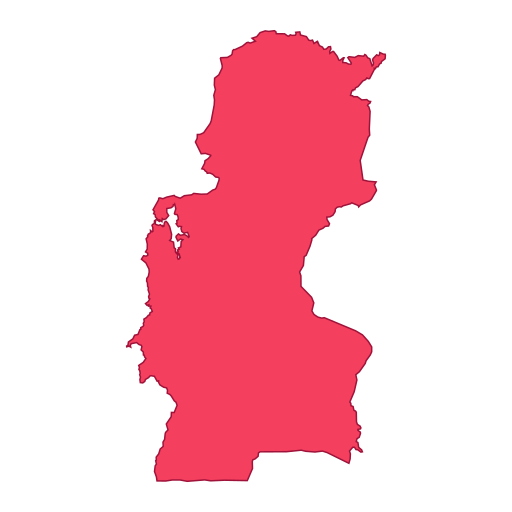 Karagwe, Kagera, United Republic of Tanzania (orthographic projection)
{"feature_id": "72390352B65686612592635", "entity_name": "Karagwe", "entity_type": "district", "adm_level": 2, "iso_a3": "TZA", "parent_name": "United Republic of Tanzania", "parent_adm1": "Kagera", "projection": "orthographic", "projection_center": [31.075, -1.721], "detail": "fine", "context": "isolated", "style": "filled", "palette": "rose", "viewbox_px": 512, "rotation_deg": 0, "n_neighbors": 0, "source": "geoboundaries", "source_scale": "gbopen_adm2", "svg_char_len": 6003}
<svg xmlns="http://www.w3.org/2000/svg" viewBox="0 0 512 512"><path d="M348.9,463.3L350.1,459.0L350.4,453.9L349.5,451.0L352.8,447.2L354.5,447.3L356.0,449.6L357.6,449.7L360.9,452.1L362.4,451.8L361.6,449.8L358.7,447.4L357.9,442.5L356.2,441.6L357.0,438.7L359.2,437.3L360.5,433.4L360.3,432.1L357.9,430.3L357.9,429.4L360.5,428.9L360.9,427.9L360.1,426.1L357.4,424.4L356.5,421.9L356.3,412.3L355.6,411.1L353.9,410.3L353.1,406.5L351.0,405.7L350.8,403.2L349.8,402.1L354.2,391.7L356.9,380.0L355.8,374.7L359.4,371.7L365.2,363.5L366.1,360.7L370.3,354.9L371.7,351.8L371.7,346.9L368.3,341.4L362.5,334.9L355.6,330.8L324.3,317.7L321.7,318.1L317.9,317.1L314.0,314.5L311.9,310.9L313.8,302.9L311.6,297.3L301.0,286.4L300.9,275.8L299.6,272.0L303.4,265.5L304.2,256.6L306.1,255.4L310.0,246.2L311.9,239.8L311.7,238.6L315.7,235.2L318.9,230.1L322.9,228.3L325.1,226.4L328.6,226.0L329.5,223.7L327.0,219.5L326.8,217.1L330.0,216.8L332.9,215.2L335.1,211.7L335.4,208.9L337.1,207.3L339.2,206.7L341.3,207.0L343.1,205.8L350.6,203.7L351.7,202.8L358.2,205.5L358.7,206.9L360.5,204.9L369.6,200.9L371.5,199.1L376.2,191.0L376.5,190.1L374.4,184.8L376.1,181.9L368.2,181.2L363.0,180.0L360.2,160.4L368.0,137.3L369.7,135.2L369.3,129.0L370.1,111.4L368.8,106.8L367.5,105.6L368.2,104.2L369.9,103.2L370.6,101.5L368.7,101.2L366.8,99.6L361.8,99.9L357.3,96.7L353.4,96.7L352.7,95.8L350.5,95.4L351.7,91.1L352.4,90.3L352.9,90.6L353.2,89.7L354.8,89.7L355.5,87.8L358.0,86.6L362.9,80.9L365.6,79.6L366.9,77.9L368.2,78.7L369.6,78.6L374.4,69.3L374.3,68.3L375.4,68.7L376.3,66.9L378.0,66.8L379.6,63.9L381.1,63.2L381.5,61.5L385.1,58.8L385.4,55.2L385.1,54.2L383.5,54.2L379.8,52.5L379.5,54.9L378.3,55.6L376.7,54.8L373.1,58.5L372.6,59.9L373.5,63.0L373.1,65.0L372.1,65.9L369.8,58.7L367.7,57.8L365.9,55.1L364.8,54.5L363.7,56.2L358.3,55.6L354.8,57.4L349.0,56.7L347.8,57.6L351.3,63.0L350.9,64.2L348.6,64.1L346.1,62.8L342.8,62.5L342.8,60.5L344.1,57.8L343.4,57.7L339.9,60.4L338.8,60.0L337.2,56.3L333.6,51.5L332.5,51.5L329.9,53.4L329.7,51.5L330.9,49.0L330.5,46.6L328.5,46.8L326.2,49.0L323.8,49.3L322.5,47.1L319.4,45.6L317.7,41.8L317.4,42.3L317.0,41.5L314.0,43.5L312.5,40.1L310.5,40.6L308.7,40.1L306.4,36.6L300.5,35.0L299.8,31.9L295.7,32.3L296.1,33.5L295.5,35.2L292.0,35.4L290.3,34.8L288.8,36.1L287.5,35.9L284.6,33.8L276.3,33.7L275.8,31.6L274.4,30.7L268.8,31.4L265.2,30.9L260.1,32.6L256.7,36.7L252.0,38.2L255.4,41.2L250.1,43.1L248.2,42.3L246.7,42.7L242.5,46.1L235.0,49.6L233.6,49.6L232.6,50.8L232.1,54.1L231.1,55.3L227.4,57.4L220.8,57.7L220.4,58.5L222.2,65.7L222.1,68.1L218.8,74.9L214.6,78.2L214.3,85.1L215.4,89.6L213.8,95.3L214.5,99.9L214.2,105.0L211.2,120.9L210.1,123.6L203.7,132.7L200.1,134.4L197.3,134.5L197.2,138.3L195.4,142.0L201.2,153.8L205.4,153.4L210.7,155.2L210.8,155.7L208.1,158.7L205.0,160.7L204.6,163.4L201.8,168.8L204.0,169.3L205.2,171.0L206.7,171.9L207.2,173.3L209.7,173.0L212.6,174.2L215.6,177.0L218.6,177.5L219.2,178.3L219.0,180.2L216.3,187.8L215.2,189.2L212.8,190.0L207.2,194.0L201.1,194.2L193.7,193.4L191.7,194.8L184.3,195.7L180.2,198.2L175.1,196.4L174.2,195.4L166.7,197.1L162.9,198.7L159.8,197.9L158.8,198.2L158.5,200.0L153.0,209.8L154.5,211.6L153.6,213.7L155.1,214.5L155.4,216.9L157.6,219.3L157.1,219.9L159.4,221.5L159.9,221.2L158.9,220.0L159.5,219.8L161.9,221.6L162.3,218.6L163.6,219.6L165.9,218.9L168.7,215.6L166.8,212.4L166.8,208.5L171.0,207.8L173.0,206.4L173.4,204.6L174.4,204.9L174.7,204.3L175.8,208.7L174.4,213.6L175.0,214.4L177.2,214.6L178.1,216.8L178.3,219.6L176.8,220.5L177.0,223.3L176.1,223.8L178.3,226.8L179.2,226.3L181.5,226.6L181.0,228.7L181.8,231.5L183.9,233.1L187.6,232.4L189.2,236.6L188.5,237.4L186.6,235.6L184.4,234.5L180.5,235.3L178.5,233.9L176.1,236.2L176.0,237.3L177.8,241.0L180.4,239.0L182.9,239.7L181.2,241.5L180.8,246.9L178.4,248.0L179.1,249.2L177.5,250.0L178.2,251.7L177.3,253.1L178.9,253.8L178.4,254.5L179.3,254.6L180.2,257.4L179.6,257.4L179.5,258.7L178.2,259.2L177.4,257.6L178.0,254.9L176.4,253.3L177.2,252.1L175.7,252.3L175.4,251.7L175.4,248.6L174.2,247.9L173.5,242.1L169.7,240.5L171.2,238.7L171.6,234.3L169.7,226.8L167.7,223.1L166.2,221.4L165.3,221.4L164.3,223.0L164.0,226.0L163.7,226.4L162.8,225.6L162.4,226.4L160.4,224.7L158.5,225.4L155.8,224.4L155.2,223.3L155.8,219.9L154.5,220.7L154.3,223.5L152.4,224.6L152.0,225.6L152.8,227.3L152.9,231.3L152.1,231.8L150.5,230.5L150.6,232.2L149.7,233.5L148.4,234.0L147.5,235.9L147.8,236.8L146.1,238.8L147.3,244.0L147.2,249.1L145.5,251.9L147.7,253.3L147.8,255.2L146.1,256.2L143.6,255.7L141.4,259.2L145.9,262.9L149.0,269.1L149.2,272.1L148.3,276.4L146.8,278.3L146.6,281.1L147.4,282.7L147.6,286.4L148.4,287.6L148.1,289.9L149.5,294.1L148.6,296.6L148.9,298.2L149.8,298.9L148.2,301.6L145.5,303.6L147.0,305.3L148.8,304.8L148.5,306.1L150.9,306.2L150.1,307.9L151.2,308.7L152.3,311.5L150.0,312.8L149.6,315.0L148.4,315.2L146.4,317.6L143.9,319.1L144.2,321.7L143.3,323.3L143.7,325.3L142.9,326.5L140.8,327.6L140.8,329.3L139.9,329.6L138.0,334.4L134.6,335.2L132.9,338.8L128.4,342.0L128.0,345.1L126.6,346.1L126.7,346.8L129.0,346.2L130.7,347.1L130.3,345.6L131.1,343.7L136.6,342.6L139.1,344.6L141.1,345.2L141.9,346.5L141.1,349.9L143.3,352.0L143.4,355.0L144.2,355.2L144.6,356.9L145.9,358.5L143.2,362.4L138.7,365.4L139.4,367.3L138.9,369.6L139.7,370.5L140.2,373.3L139.7,374.7L140.5,377.2L139.9,379.5L140.3,382.6L142.8,382.9L144.8,381.4L145.4,379.5L148.6,377.6L149.8,376.1L151.0,375.7L154.4,376.3L157.1,381.2L158.6,380.9L158.5,382.2L159.9,384.9L163.6,387.2L166.6,387.9L167.5,390.2L167.2,393.2L169.9,394.5L171.2,395.9L174.3,400.9L176.0,402.2L177.1,405.3L174.2,412.5L171.4,412.4L171.2,416.7L166.3,424.0L168.0,429.9L165.6,432.4L165.2,433.7L164.6,439.4L163.0,442.1L163.2,446.4L160.2,449.0L158.7,453.9L156.2,457.1L156.3,460.1L155.7,460.6L156.4,464.1L155.2,465.8L154.5,471.5L156.4,476.9L157.0,480.9L165.7,481.0L172.2,480.0L180.1,480.0L187.2,481.3L204.7,479.9L210.6,480.8L224.5,480.2L247.3,480.6L252.5,468.5L252.3,461.5L252.8,459.8L255.1,458.9L258.1,456.3L258.5,452.8L260.1,451.8L286.6,451.7L301.2,450.2L305.8,451.3L314.9,452.0L322.5,451.1L327.2,452.6L348.9,463.3Z" fill="#f43f5e" stroke="#9f1239" stroke-width="1.5"/></svg>